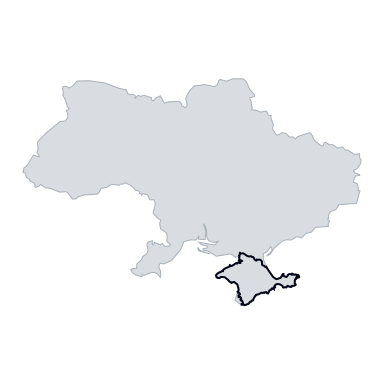 Crimea on a map of Ukraine (Albers equal-area conic projection)
{"feature_id": "UKR-283", "entity_name": "Crimea", "entity_type": "Autonomous Republic", "adm_level": 1, "iso_a3": "UKR", "parent_name": "Ukraine", "parent_adm1": "", "projection": "albers", "projection_center": [34.531, 45.3], "detail": "fine", "context": "in_parent", "style": "outline", "palette": "ink", "viewbox_px": 384, "rotation_deg": 0, "n_neighbors": 0, "source": "natural_earth", "source_scale": "10m", "svg_char_len": 8286}
<svg xmlns="http://www.w3.org/2000/svg" viewBox="0 0 384 384"><path d="M266.8,267.6L271.5,274.8L275.5,278.5L277.5,278.6L283.0,275.9L286.6,276.7L289.7,274.4L297.9,275.9L295.5,280.5L294.4,285.3L283.9,287.2L280.0,284.5L275.9,284.7L273.6,288.1L269.6,290.5L268.2,293.2L260.7,293.1L255.7,295.5L251.9,300.7L247.7,304.0L244.3,305.0L239.2,303.6L235.0,300.2L238.4,290.1L237.3,284.7L234.1,282.1L230.0,281.8L224.7,277.4L218.5,277.8L216.5,275.6L229.4,266.0L232.1,265.6L239.8,260.5L238.5,256.3L235.2,257.3L230.8,253.9L216.4,256.2L207.8,250.9L203.8,250.2L202.8,248.9L207.0,247.9L207.4,246.1L201.7,244.7L198.7,242.2L214.4,245.0L218.7,241.1L214.3,242.4L209.9,241.4L208.3,240.1L206.5,236.0L206.6,230.3L204.8,225.3L203.3,223.6L206.0,231.9L205.0,239.7L198.3,239.1L199.1,235.9L195.8,240.0L190.6,239.9L183.8,241.7L180.7,249.7L171.5,260.6L163.4,264.0L160.7,263.2L159.5,264.1L158.8,267.5L160.0,269.3L160.8,275.0L160.3,277.3L157.7,274.0L154.5,272.4L150.9,272.6L144.1,275.4L141.9,274.7L142.0,276.3L141.3,276.8L135.2,274.7L132.7,272.9L130.8,269.8L132.9,268.6L136.7,268.3L136.8,264.1L141.9,259.2L142.3,256.8L146.7,253.9L148.1,250.3L146.9,245.0L147.7,242.3L152.3,240.7L152.3,244.8L153.4,244.5L154.5,242.5L160.4,244.8L162.3,243.5L164.7,246.4L169.4,245.9L170.6,244.7L166.7,241.2L167.4,235.9L166.3,232.9L160.6,228.7L159.7,223.9L160.5,219.9L157.6,218.1L153.1,213.2L155.1,205.2L155.0,202.1L153.8,199.7L149.9,199.8L147.4,194.8L142.9,193.6L141.5,195.2L140.8,193.6L139.3,193.5L139.5,191.6L138.5,190.8L134.7,190.0L133.9,188.1L130.0,185.0L125.1,182.8L122.2,184.4L121.0,183.8L118.8,185.3L111.6,184.2L106.9,187.4L100.9,188.4L100.1,190.9L97.5,194.1L84.0,195.0L78.1,196.8L76.1,198.8L72.5,199.1L67.3,192.4L65.5,191.7L59.6,192.1L50.3,188.4L45.3,187.8L40.6,184.4L38.7,186.4L35.1,187.6L35.1,185.2L33.8,182.7L30.3,181.5L29.5,179.3L26.5,177.4L25.3,172.9L23.0,172.6L24.0,168.0L27.3,165.2L33.5,155.0L38.9,156.8L39.2,155.6L37.0,152.7L38.0,149.3L37.5,142.2L38.8,140.5L46.0,133.1L60.2,121.4L65.0,121.1L67.6,118.0L68.0,115.5L66.5,110.5L69.0,109.2L68.9,108.4L67.2,106.2L65.7,100.7L62.8,95.1L63.4,92.7L62.6,89.1L63.0,86.5L66.3,86.2L69.0,88.0L72.4,86.2L77.2,81.0L89.8,80.8L104.9,83.0L119.4,88.5L125.9,89.6L128.2,94.2L133.7,94.6L135.2,95.6L135.1,98.2L138.2,95.3L140.8,96.4L144.0,95.3L151.3,97.7L151.9,100.2L153.4,100.9L155.7,98.1L160.4,95.9L164.3,103.1L168.0,101.9L179.0,101.3L181.5,103.6L181.8,105.8L185.5,107.7L187.2,105.2L185.8,98.3L186.8,95.7L190.1,90.0L194.3,86.0L204.8,84.6L214.4,86.6L217.3,84.9L218.9,80.4L220.2,79.5L226.6,81.2L232.7,78.8L243.0,78.8L246.3,81.5L249.6,89.2L254.6,94.8L254.3,96.7L249.7,97.7L249.6,98.7L251.1,101.2L251.6,106.6L252.4,107.3L251.3,109.7L256.2,110.2L260.2,112.1L266.5,111.1L268.3,115.2L271.0,115.6L271.1,118.3L273.4,124.6L272.6,127.9L273.0,129.9L276.3,134.7L277.8,135.3L281.7,132.7L285.9,133.4L289.4,137.0L293.0,136.9L295.2,138.9L297.7,136.5L309.7,132.7L312.7,136.0L313.2,138.1L315.1,141.1L321.7,146.2L323.5,145.5L323.9,143.1L325.4,142.2L329.0,144.6L332.7,144.7L337.8,148.1L342.5,146.9L345.1,150.0L348.0,150.2L354.2,154.3L359.7,153.8L359.6,157.9L361.0,159.6L360.9,163.0L357.1,168.6L353.5,170.4L354.9,173.0L359.4,174.5L359.7,175.3L355.8,176.0L354.3,178.0L353.4,182.3L357.1,183.4L358.5,188.5L357.8,190.2L359.9,191.0L356.5,203.4L339.1,204.6L335.8,209.7L330.7,211.5L329.2,213.0L327.9,219.9L329.5,221.1L328.1,224.0L328.4,226.4L315.4,227.4L311.6,232.0L306.0,233.4L301.2,238.1L299.1,236.8L296.5,236.9L291.2,240.0L286.2,239.8L282.3,241.1L274.1,248.2L270.3,254.2L266.5,256.1L271.7,251.1L271.9,248.5L270.7,246.5L267.5,251.5L263.3,253.7L263.4,259.5L266.8,267.6ZM210.0,254.0L198.5,250.7L197.6,247.4L200.0,250.3L210.0,254.0Z" fill="#d9dde1" stroke="#a8b0b8" stroke-width="1"/><path d="M239.1,255.4L239.8,254.8L240.0,254.1L239.8,253.0L240.0,252.8L240.9,253.5L241.7,253.5L242.6,253.3L243.5,253.5L244.4,254.0L245.4,254.7L246.3,255.4L247.0,255.8L247.8,256.1L248.6,256.4L249.7,256.5L250.4,256.2L251.1,256.3L251.9,256.7L252.4,257.1L253.1,257.1L253.6,257.5L253.9,258.2L254.2,258.8L254.6,259.4L255.1,259.9L255.7,260.4L256.4,260.5L256.8,260.0L256.9,259.6L257.7,259.8L258.3,259.7L259.2,259.6L260.1,259.8L261.0,260.4L261.6,261.0L262.0,262.0L262.0,262.8L262.0,264.0L262.1,264.7L262.5,265.2L263.7,265.6L264.6,266.3L265.3,267.0L265.8,267.1L266.3,266.8L267.2,268.5L273.0,276.9L276.0,279.0L276.7,279.1L280.3,278.0L280.7,277.7L281.2,277.1L281.3,276.9L281.3,276.6L281.4,276.4L281.7,276.3L281.8,276.2L282.1,275.8L282.2,275.7L282.2,275.1L282.4,274.6L282.7,274.2L283.0,274.0L283.5,274.0L283.5,274.3L283.4,274.7L283.3,275.2L283.4,275.6L283.8,275.9L285.3,276.7L286.1,277.0L286.8,276.8L287.4,276.1L287.6,275.2L288.3,274.7L288.7,274.3L289.1,274.1L291.4,274.1L291.7,273.9L292.0,273.6L292.3,273.7L292.5,274.1L292.3,274.6L292.6,274.6L292.7,274.4L292.9,274.3L293.1,274.2L293.5,274.2L294.1,274.6L294.6,274.7L295.7,274.4L296.1,274.5L296.7,275.2L297.0,275.5L297.3,275.3L297.7,275.0L298.0,274.9L298.3,275.1L298.6,275.4L299.0,276.4L299.2,277.0L299.0,277.3L298.4,277.5L298.1,277.6L297.9,277.5L297.3,277.2L296.8,277.1L296.4,277.2L296.2,277.5L296.1,278.1L296.2,278.3L296.3,278.4L296.4,278.5L296.2,278.8L295.6,278.9L295.4,279.0L295.2,279.4L295.0,280.0L294.8,280.6L294.7,282.3L294.7,282.9L294.8,283.5L295.4,284.1L295.7,284.5L295.6,285.0L295.4,285.2L293.9,285.8L292.1,285.9L291.9,286.0L291.7,286.1L291.7,286.3L291.5,286.8L291.1,287.0L289.3,286.7L288.1,286.0L287.5,285.9L287.1,286.4L286.7,287.0L286.4,287.4L284.9,287.3L283.5,287.6L283.1,287.4L282.9,286.8L282.8,286.5L282.2,285.8L281.9,285.5L280.6,284.7L279.1,284.2L278.3,284.0L277.4,284.1L276.6,284.2L275.8,284.6L274.8,285.5L274.6,285.7L274.6,286.1L274.5,286.3L274.4,286.5L274.5,286.8L275.2,287.2L275.2,287.4L274.9,287.5L274.3,287.5L273.9,287.6L273.7,287.9L273.7,288.3L273.8,289.1L272.9,288.4L272.8,288.5L272.6,288.6L272.4,288.8L271.9,288.5L271.6,288.7L271.1,289.7L270.8,290.0L269.9,290.2L269.5,290.4L269.1,291.3L268.6,292.5L268.1,293.4L267.2,293.3L267.0,293.0L266.8,292.6L266.6,292.3L266.2,292.1L265.5,292.1L265.3,292.1L265.0,292.2L264.9,292.4L264.7,292.6L264.2,292.8L263.6,292.6L263.3,292.8L262.9,292.9L261.5,292.7L260.8,293.0L259.4,293.9L258.6,294.3L257.0,294.6L256.3,294.9L255.8,295.5L255.8,295.4L255.7,295.3L254.9,296.4L254.8,296.6L254.6,296.9L253.9,298.1L253.1,300.2L252.9,300.5L252.7,300.6L252.3,300.5L252.0,300.5L251.8,300.5L251.7,300.5L251.6,300.8L251.1,301.6L250.8,301.8L249.9,302.0L249.6,302.3L249.4,302.8L249.2,303.3L248.9,303.5L248.2,304.0L247.5,304.1L245.3,305.1L244.9,305.2L244.4,305.1L243.1,304.6L242.9,304.6L242.5,304.7L242.2,304.8L240.9,304.7L240.7,304.7L241.4,304.4L241.4,304.1L241.8,303.9L243.2,303.7L243.0,303.0L242.2,301.0L241.7,300.9L241.5,300.2L240.7,300.2L240.4,299.4L241.1,298.2L240.3,297.0L238.6,297.1L238.4,295.5L239.9,294.5L239.7,293.4L238.5,292.7L237.8,292.6L237.6,291.7L238.1,291.5L238.4,291.1L238.5,290.7L238.6,290.1L238.6,289.4L238.4,288.3L238.3,287.8L238.3,287.7L237.9,287.0L237.9,286.7L237.8,286.0L237.5,284.8L237.0,284.1L235.6,283.2L234.5,282.2L234.2,282.0L233.4,282.1L232.6,282.4L231.9,282.8L231.4,282.9L231.2,282.7L231.0,282.3L230.6,282.0L229.7,281.8L229.4,281.5L228.7,280.6L228.2,280.3L228.1,280.0L227.9,279.6L227.7,279.5L227.3,279.3L227.1,279.2L225.8,278.0L225.1,277.5L224.3,277.2L221.3,276.9L220.9,276.9L220.6,277.1L219.8,277.9L219.6,278.0L218.1,278.0L217.7,277.9L217.0,277.5L216.6,277.4L216.1,275.8L216.0,275.4L216.3,274.7L216.9,274.0L219.3,272.3L219.7,272.2L220.2,272.2L220.5,272.1L220.8,271.9L221.1,271.7L221.3,271.5L221.4,271.3L221.6,271.1L221.9,271.1L222.1,271.1L222.5,271.3L223.0,271.2L223.0,270.7L223.0,270.3L223.1,270.1L223.2,269.9L223.8,269.3L225.2,268.4L229.8,266.4L230.0,266.2L230.1,265.9L230.0,265.7L229.9,265.6L229.7,265.5L229.7,265.2L229.9,265.0L230.1,265.1L230.4,265.6L231.1,266.0L231.8,265.9L233.3,265.0L234.0,264.7L234.7,263.9L235.0,263.8L235.9,263.2L236.2,263.1L236.3,263.2L236.7,263.5L236.9,263.5L237.1,263.5L237.6,263.3L238.1,262.8L238.5,262.5L238.7,262.4L238.9,262.4L239.1,262.4L239.3,262.5L239.5,262.7L239.6,262.9L239.7,263.0L239.9,263.0L240.3,263.0L240.3,262.7L240.3,262.0L240.4,261.5L240.7,261.6L241.0,261.4L241.7,261.2L242.0,261.0L241.7,260.7L241.3,260.5L240.2,260.2L239.7,260.2L239.4,260.3L239.3,260.5L239.2,260.6L238.9,260.4L239.3,259.9L239.5,259.6L239.4,259.4L239.2,259.3L239.2,259.1L239.3,258.8L239.4,258.6L239.4,258.4L239.1,257.4L239.1,257.1L239.3,256.8L239.5,256.4L239.4,256.0L239.1,255.4Z" fill="none" stroke="#020617" stroke-width="2"/></svg>